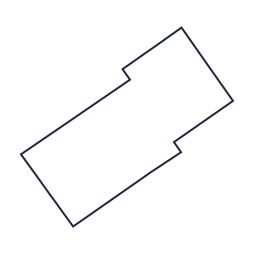 outline of Stone, Missouri, United States of America, rotated 54°
{"feature_id": "52423323B45280868731791", "entity_name": "Stone", "entity_type": "district", "adm_level": 2, "iso_a3": "USA", "parent_name": "United States of America", "parent_adm1": "Missouri", "projection": "albers", "projection_center": [-93.458, 36.747], "detail": "fine", "context": "isolated", "style": "outline", "palette": "slate", "viewbox_px": 256, "rotation_deg": 54, "n_neighbors": 0, "source": "geoboundaries", "source_scale": "gbopen_adm2", "svg_char_len": 376}
<svg xmlns="http://www.w3.org/2000/svg" viewBox="0 0 256 256"><g transform="rotate(54 128 128)"><path d="M77.9,55.7L77.6,70.8L77.2,97.8L90.1,98.0L86.4,230.1L109.5,230.1L111.9,230.1L138.5,230.3L148.7,230.2L149.1,230.3L175.4,230.3L175.9,206.0L177.2,135.0L178.8,99.3L166.4,99.1L167.8,27.1L125.8,26.5L78.2,25.7L77.9,55.7Z" fill="none" stroke="#1e293b" stroke-width="2"/></g></svg>